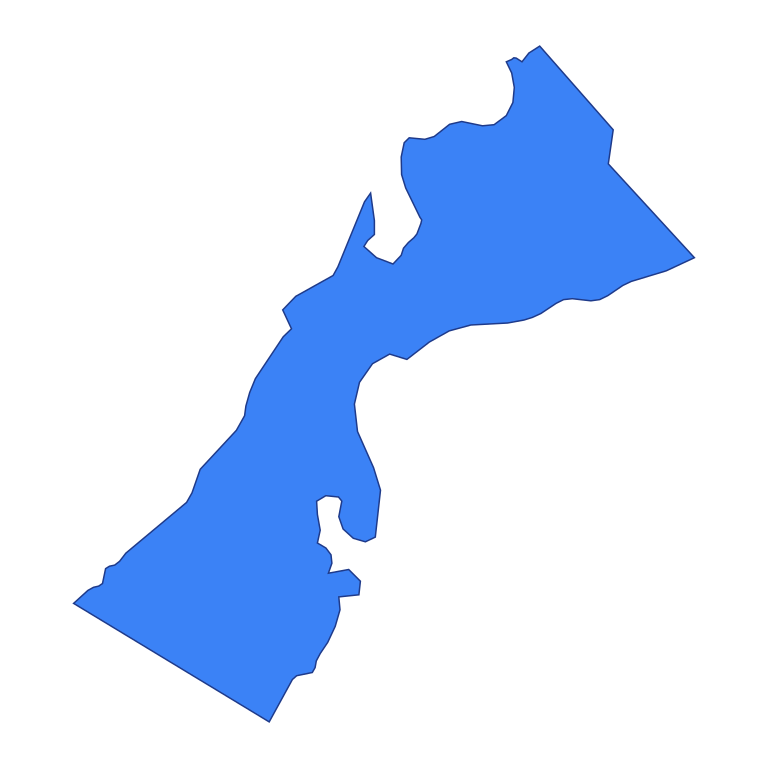 SVG path tracing the border of Puerto Princesa
{"feature_id": "PHL-5533", "entity_name": "Puerto Princesa", "entity_type": "Highly Urbanized City", "adm_level": 1, "iso_a3": "PHL", "parent_name": "Philippines", "parent_adm1": "", "projection": "robinson", "projection_center": [118.779, 9.911], "detail": "fine", "context": "isolated", "style": "filled", "palette": "blue", "viewbox_px": 768, "rotation_deg": 0, "n_neighbors": 0, "source": "natural_earth", "source_scale": "10m", "svg_char_len": 1558}
<svg xmlns="http://www.w3.org/2000/svg" viewBox="0 0 768 768"><path d="M73.6,603.4L87.9,590.4L93.5,587.3L98.7,586.1L102.5,583.5L105.6,568.6L109.5,566.2L114.7,565.1L119.6,561.3L125.9,553.1L186.6,502.4L192.0,492.9L200.2,469.3L236.4,430.3L244.6,415.7L245.9,406.0L249.7,392.5L255.4,378.6L283.3,336.7L291.5,328.8L282.7,309.9L295.8,296.3L333.1,275.5L337.9,266.8L364.5,201.8L370.6,193.1L374.4,220.6L374.4,234.5L367.7,240.5L363.9,246.5L376.5,257.7L393.0,264.0L401.2,255.3L403.5,248.2L408.4,242.5L413.8,237.8L416.9,234.0L420.9,223.5L421.7,219.9L420.0,217.4L405.7,188.0L401.6,174.6L401.2,157.0L404.2,142.7L409.2,137.8L424.9,139.3L434.2,136.5L449.6,124.3L461.7,121.5L482.5,125.8L494.1,124.7L506.3,115.6L512.9,102.5L514.3,87.5L511.7,73.0L506.3,61.8L511.6,59.5L513.8,57.8L516.2,58.1L522.0,61.8L528.9,53.0L539.7,46.1L613.2,129.8L608.3,163.9L694.4,257.7L666.3,270.8L631.3,281.4L622.9,285.4L607.7,295.7L599.7,299.6L590.9,300.8L572.3,298.7L563.6,299.6L556.2,303.3L540.9,313.5L532.4,317.4L524.1,320.0L507.7,323.0L470.8,325.0L449.2,330.9L429.4,342.0L406.9,359.4L389.6,354.1L372.5,363.7L359.5,382.3L354.4,404.1L357.5,431.5L373.6,467.8L380.5,490.2L375.3,537.1L365.4,541.8L353.3,538.3L343.1,529.0L338.8,516.7L341.8,501.1L338.5,497.0L325.8,495.7L316.6,501.2L317.4,514.5L320.2,530.2L317.4,543.0L325.9,548.0L331.0,554.8L331.9,563.2L328.4,573.2L348.7,569.5L360.4,581.2L358.9,594.8L338.8,596.9L340.0,609.8L335.2,626.4L327.7,642.4L320.3,653.4L316.3,660.9L315.1,667.6L312.3,672.5L296.7,675.7L292.4,679.5L269.2,721.9L73.6,603.4Z" fill="#3b82f6" stroke="#1e3a8a" stroke-width="1.5"/></svg>